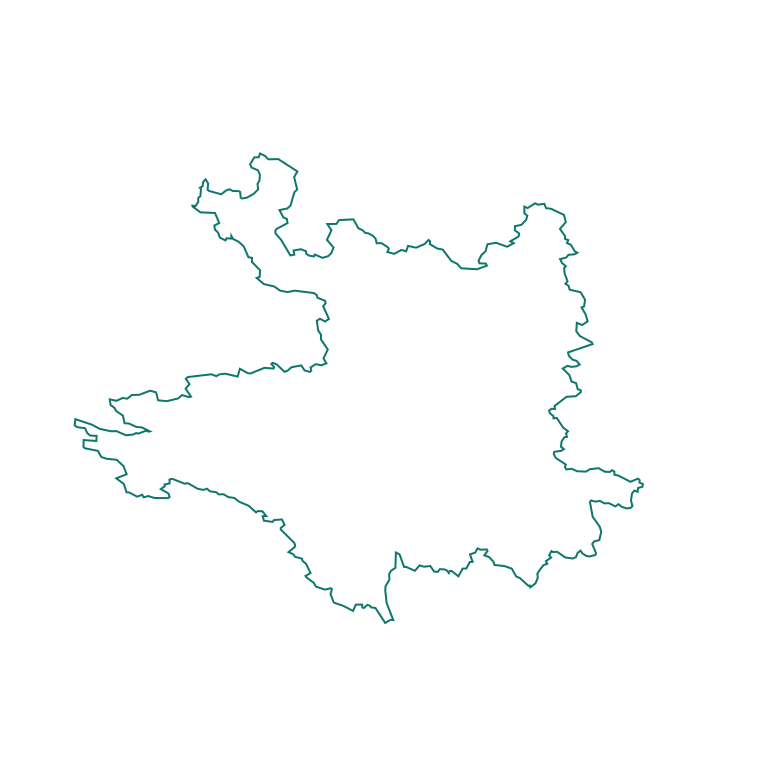 an SVG outline of Yunnan, rotated 290°
{"feature_id": "CHN-1810", "entity_name": "Yunnan", "entity_type": "Province", "adm_level": 1, "iso_a3": "CHN", "parent_name": "China", "parent_adm1": "", "projection": "equal_earth", "projection_center": [102.236, 25.179], "detail": "fine", "context": "isolated", "style": "outline", "palette": "teal", "viewbox_px": 768, "rotation_deg": 290, "n_neighbors": 0, "source": "natural_earth", "source_scale": "10m", "svg_char_len": 6166}
<svg xmlns="http://www.w3.org/2000/svg" viewBox="0 0 768 768"><g transform="rotate(290 384 384)"><path d="M384.4,575.3L381.8,573.4L378.5,567.2L376.4,567.4L373.3,570.6L370.5,582.4L367.9,582.4L366.1,584.6L368.5,589.4L368.1,595.4L370.8,603.9L374.3,606.5L378.3,614.5L377.1,621.4L378.5,626.2L381.0,627.8L380.5,630.4L377.5,631.6L378.1,635.5L376.4,649.0L382.0,655.1L381.0,657.2L378.7,657.8L378.5,661.5L375.8,662.0L373.2,658.3L369.4,659.2L369.5,655.8L366.1,654.5L359.0,655.9L354.3,659.2L351.8,658.0L350.0,654.3L349.9,649.5L351.3,645.5L348.1,643.3L348.9,636.1L347.2,631.8L348.0,626.9L345.8,622.9L345.4,618.4L343.5,617.9L330.6,625.5L323.8,635.4L319.5,638.7L310.9,639.7L307.9,635.2L304.9,634.4L297.4,641.2L295.5,641.0L292.2,636.0L291.6,633.0L292.6,628.5L294.6,625.7L291.5,623.7L287.0,623.6L284.6,621.1L283.0,613.6L285.5,604.2L283.9,600.4L284.3,598.5L279.4,597.8L278.0,600.4L273.0,596.7L270.9,598.9L268.3,595.8L263.4,594.2L258.2,593.0L254.4,594.8L248.5,594.5L242.9,591.0L244.5,589.9L243.7,588.8L248.2,577.9L248.2,574.3L254.2,567.2L254.1,559.3L251.7,549.8L254.4,547.7L257.3,542.1L257.3,536.9L262.5,538.4L263.7,537.2L261.3,531.3L261.5,528.1L256.8,527.4L253.3,523.1L247.2,528.1L246.0,525.5L238.8,524.5L237.4,521.0L228.7,519.7L231.5,511.5L230.7,509.7L228.5,509.6L230.4,506.6L230.4,503.9L229.1,499.8L225.8,498.8L224.9,495.2L228.8,489.8L226.0,484.1L225.7,479.5L219.0,476.9L219.7,467.2L218.9,465.5L229.1,457.0L229.7,452.8L215.1,457.6L210.9,454.5L207.4,453.8L202.0,456.0L194.4,454.6L190.4,455.8L179.2,461.3L165.4,473.4L164.7,470.9L159.9,466.8L170.6,452.6L169.7,448.3L170.9,446.1L170.6,443.7L166.8,441.9L166.5,440.2L169.2,438.9L167.1,433.0L160.2,432.5L161.6,421.6L161.4,412.9L161.6,411.4L168.3,405.6L173.5,405.2L173.9,403.9L170.6,398.9L170.3,389.4L173.1,386.0L175.7,377.5L176.8,375.9L181.2,379.6L188.3,372.4L189.9,368.0L191.8,366.6L191.2,359.5L193.0,357.1L193.4,351.8L200.3,355.9L202.2,355.5L204.0,354.1L211.9,336.8L213.4,336.2L217.6,338.8L221.8,334.4L218.5,327.2L216.3,326.4L214.5,317.9L218.3,315.2L219.6,318.5L222.8,313.2L221.4,308.8L219.6,307.7L223.3,298.5L223.8,288.3L225.7,282.4L224.5,276.3L225.5,271.0L223.7,266.2L224.9,263.7L223.7,257.1L225.1,253.5L222.7,250.5L221.8,244.8L223.7,233.8L222.1,230.5L222.5,217.5L220.9,215.1L217.3,216.5L214.5,212.1L213.0,213.0L208.9,210.2L207.4,218.9L204.6,221.2L202.9,220.2L198.4,207.3L198.1,200.8L195.3,197.0L197.2,194.7L193.7,190.6L194.9,181.6L194.2,179.0L201.0,173.8L203.8,164.7L211.2,173.0L217.8,167.2L221.4,158.7L218.9,149.2L218.7,143.3L223.3,138.0L221.3,125.0L222.1,123.1L228.6,120.9L232.1,133.2L236.9,131.7L235.1,125.4L236.4,122.0L240.2,118.1L238.5,110.3L239.4,107.4L245.4,106.0L245.9,123.4L244.6,132.1L246.2,143.7L248.2,148.6L247.6,159.1L250.8,165.7L253.2,167.9L253.2,169.9L258.6,176.2L258.8,179.3L259.4,180.2L260.4,171.5L259.0,166.1L259.6,157.8L258.4,153.6L265.0,149.5L267.0,141.6L269.5,138.6L270.8,134.2L275.8,131.5L276.7,138.3L281.5,143.2L282.4,147.8L287.4,150.8L290.2,157.8L297.7,166.5L298.2,172.7L291.4,177.3L293.6,185.8L300.1,195.6L304.5,198.0L304.9,205.0L306.1,206.9L311.8,199.2L317.4,201.2L321.1,196.0L323.4,197.2L334.1,218.5L334.0,223.7L336.8,226.1L339.4,231.3L340.9,243.9L349.0,243.4L347.6,252.3L348.2,254.9L358.3,266.1L360.7,274.9L362.3,275.0L364.3,271.3L365.9,272.2L365.6,276.9L361.4,286.2L363.4,288.8L368.1,291.3L373.2,299.9L369.6,304.7L370.0,310.2L371.7,311.1L374.4,309.3L379.3,313.1L380.2,318.9L383.7,322.8L387.4,318.4L397.2,319.4L404.3,309.5L408.7,308.0L411.9,303.8L420.5,299.2L423.4,301.5L422.6,307.3L426.3,310.0L436.3,300.2L440.1,301.5L442.0,300.2L442.3,291.9L444.5,290.5L445.5,287.0L441.2,268.3L437.4,261.9L436.2,254.4L438.1,247.6L436.8,236.9L440.1,228.1L442.0,230.5L448.5,228.7L453.5,218.2L457.4,216.8L456.8,213.2L465.3,205.1L467.9,199.0L468.7,192.5L471.0,189.9L468.4,190.7L467.1,186.2L464.7,185.9L465.4,179.7L469.6,176.2L471.3,172.3L474.9,170.4L478.9,174.1L486.9,166.7L482.5,152.8L485.3,143.5L486.1,143.0L486.7,146.0L491.5,147.2L495.3,145.8L497.5,147.2L504.6,145.4L505.4,143.9L507.7,145.9L512.3,145.0L515.3,146.4L512.2,150.2L506.2,151.8L505.6,153.5L506.6,166.1L512.1,169.6L514.2,172.5L513.6,176.0L515.5,181.3L515.2,183.2L510.0,185.6L509.8,187.2L512.2,191.4L518.1,196.5L523.9,199.2L528.8,196.7L532.4,197.4L538.3,195.8L541.7,192.4L542.1,185.5L544.7,183.0L552.6,184.6L554.2,188.7L558.2,188.7L557.6,194.3L555.6,198.5L559.2,207.7L554.1,229.9L547.7,228.8L537.0,235.9L533.6,234.2L519.6,235.1L515.9,233.1L511.7,226.3L506.2,232.3L505.8,236.3L502.2,238.3L492.6,229.7L490.2,229.6L488.3,230.7L484.1,238.3L472.8,252.0L474.9,255.5L478.5,253.4L482.2,259.8L482.1,265.3L479.9,266.3L479.0,269.4L479.9,274.5L482.0,274.8L481.5,283.0L484.9,287.7L488.8,289.7L495.0,289.9L499.9,281.1L510.5,282.0L514.9,276.0L518.2,284.6L522.6,285.6L528.3,299.0L521.6,306.6L521.1,311.6L519.6,314.5L520.2,317.8L519.4,323.1L517.6,326.4L513.8,329.0L515.5,333.7L513.8,340.8L512.7,342.3L509.2,342.0L509.8,349.0L516.0,354.6L516.2,359.4L522.0,359.4L523.1,367.6L529.6,374.4L534.6,376.6L533.8,378.5L531.1,379.3L529.5,387.8L530.4,393.2L522.6,405.3L522.0,411.6L519.1,416.9L523.7,432.2L530.4,440.2L532.0,438.5L530.1,432.5L532.2,430.7L538.6,431.5L543.4,434.0L550.7,433.4L555.0,441.0L555.1,452.8L560.7,457.7L561.3,453.9L568.4,459.9L570.4,459.9L571.8,459.2L573.2,454.3L577.1,453.1L580.5,458.6L586.7,461.4L591.1,461.1L592.5,457.5L598.7,455.2L598.4,458.7L605.5,464.2L605.2,467.4L608.1,473.0L604.7,476.2L605.8,481.2L604.4,495.3L598.3,499.5L589.9,496.3L585.0,503.4L582.2,504.6L582.2,508.0L579.1,507.7L578.6,512.1L574.0,517.8L573.5,520.8L571.0,518.6L568.5,513.2L565.1,511.9L561.6,506.7L558.6,509.9L556.9,514.5L554.5,513.6L549.6,516.0L543.2,521.4L540.3,520.2L539.4,523.8L536.1,526.2L537.5,537.4L531.9,544.1L525.4,545.5L523.5,543.5L518.2,549.8L512.5,553.9L507.2,550.0L507.4,544.3L499.4,546.6L496.1,551.6L494.2,565.0L492.9,566.4L476.6,546.1L473.6,548.2L471.4,552.9L471.6,557.1L469.2,561.2L466.3,558.6L464.0,553.7L463.9,550.3L459.7,546.7L455.8,555.1L450.4,559.4L450.5,564.2L445.4,567.8L445.4,571.0L443.6,571.7L438.1,568.4L434.4,559.9L421.7,551.8L419.0,553.2L418.0,549.8L415.5,548.2L413.3,549.8L411.7,554.3L409.7,555.0L411.2,557.9L404.3,567.2L402.5,573.1L399.8,572.0L396.8,574.0L395.7,571.8L391.0,570.5L385.6,571.7L384.4,575.3Z" fill="none" stroke="#0f766e" stroke-width="2"/></g></svg>